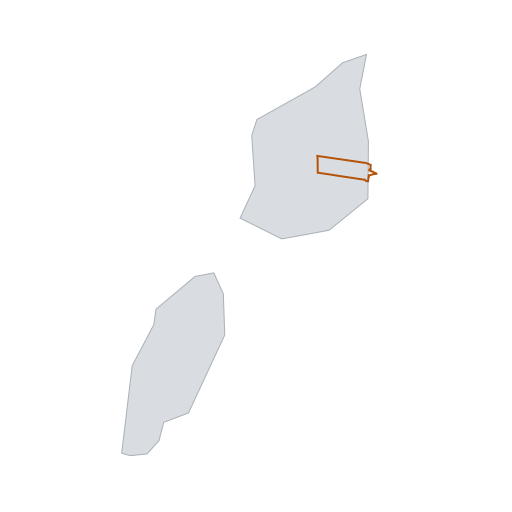 location of Gagaifomauga II, Gaga'ifomauga, Samoa, rotated 97°
{"feature_id": "51752279B51367049300585", "entity_name": "Gagaifomauga II", "entity_type": "district", "adm_level": 2, "iso_a3": "WSM", "parent_name": "Samoa", "parent_adm1": "Gaga'ifomauga", "projection": "robinson", "projection_center": [-172.418, -13.533], "detail": "fine", "context": "in_parent", "style": "outline", "palette": "amber", "viewbox_px": 512, "rotation_deg": 97, "n_neighbors": 0, "source": "geoboundaries", "source_scale": "gbopen_adm2", "svg_char_len": 1604}
<svg xmlns="http://www.w3.org/2000/svg" viewBox="0 0 512 512"><g transform="rotate(97 256 256)"><path d="M185.5,151.9L221.5,186.6L235.9,232.5L220.4,276.4L186.4,265.5L137.0,274.9L120.5,271.8L81.0,217.9L53.6,193.6L42.5,170.9L77.5,173.4L128.5,158.4L185.5,151.9ZM468.1,365.3L380.0,365.5L336.4,349.0L321.0,348.8L283.7,314.0L277.9,295.8L297.6,283.8L338.3,277.4L420.0,303.9L432.3,327.3L451.1,329.8L465.7,340.0L469.5,356.4L468.1,365.3Z" fill="#d9dde1" stroke="#a8b0b8" stroke-width="1"/><path d="M166.1,191.5L166.3,186.8L166.6,175.8L167.1,157.1L167.3,156.9L167.6,156.6L167.8,156.4L168.2,155.7L168.2,155.0L168.1,153.9L165.4,153.9L164.9,153.9L163.9,153.9L163.8,153.6L162.6,153.7L162.5,153.9L162.1,153.9L162.0,153.2L160.3,148.9L159.8,146.5L159.6,146.5L159.3,146.8L159.3,147.1L159.3,147.3L159.3,147.6L159.1,147.8L159.1,148.0L158.9,148.4L158.9,148.6L158.8,149.0L158.7,149.2L158.5,149.5L158.3,149.9L158.2,150.1L158.0,150.7L158.0,150.9L157.9,151.6L157.8,151.8L157.9,152.0L157.7,152.2L157.4,152.4L157.3,152.5L157.0,152.7L156.9,152.7L156.8,152.8L156.2,153.1L156.2,153.3L156.3,153.1L156.7,153.0L156.8,153.0L157.0,153.0L157.4,152.9L157.5,152.9L157.5,153.2L157.5,153.3L157.4,153.4L157.4,153.7L157.2,153.8L156.9,154.0L156.7,154.0L156.4,153.9L156.2,153.7L156.2,153.8L156.0,153.7L155.9,153.5L155.8,153.3L155.6,153.3L155.5,153.2L155.4,153.0L155.2,153.0L154.9,153.1L154.7,153.1L154.4,153.1L154.1,153.2L153.6,153.2L153.4,153.2L152.8,153.2L152.4,153.2L151.7,153.2L150.3,157.9L149.2,207.3L152.1,206.7L155.0,206.3L157.9,205.9L160.2,205.6L164.2,205.1L165.8,204.9L166.1,191.5Z" fill="none" stroke="#b45309" stroke-width="2"/></g></svg>